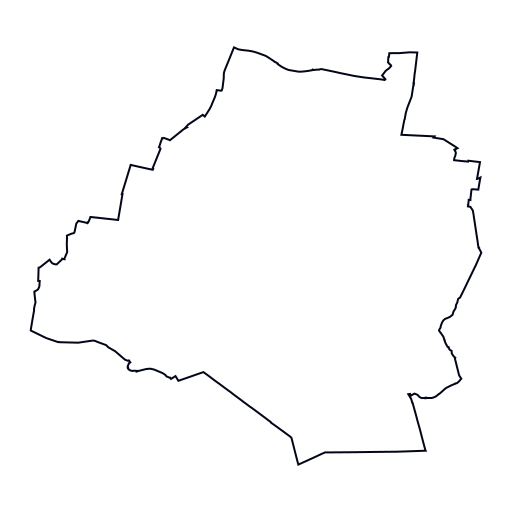 Oldenzaal, Overijssel, Netherlands
{"feature_id": "6326949B73980764078064", "entity_name": "Oldenzaal", "entity_type": "district", "adm_level": 2, "iso_a3": "NLD", "parent_name": "Netherlands", "parent_adm1": "Overijssel", "projection": "albers", "projection_center": [6.914, 52.308], "detail": "fine", "context": "isolated", "style": "outline", "palette": "ink", "viewbox_px": 512, "rotation_deg": 0, "n_neighbors": 0, "source": "geoboundaries", "source_scale": "gbopen_adm2", "svg_char_len": 5845}
<svg xmlns="http://www.w3.org/2000/svg" viewBox="0 0 512 512"><path d="M425.6,450.7L425.4,450.3L425.1,449.2L423.6,443.6L422.7,440.2L421.4,435.2L420.0,429.7L418.5,424.4L417.4,420.5L416.1,415.5L412.6,402.9L412.3,402.9L412.0,401.7L411.1,398.7L410.2,397.5L410.3,397.3L409.4,396.0L408.3,394.2L410.1,393.9L410.7,395.0L411.2,395.5L414.4,393.6L416.6,394.4L417.7,395.0L418.5,395.9L419.5,397.0L420.8,397.7L422.2,398.1L423.7,398.0L425.7,397.7L425.6,398.2L427.3,398.0L431.6,398.0L432.8,397.7L434.9,396.9L435.9,396.4L438.9,394.0L439.1,394.0L440.6,392.8L445.0,388.8L446.1,388.0L450.0,386.0L451.9,385.1L453.8,384.3L455.1,383.8L455.1,383.6L455.6,383.4L456.8,383.2L457.2,382.9L458.0,382.3L458.7,381.7L461.3,378.7L459.2,375.5L458.9,374.5L454.8,358.1L455.2,357.7L454.4,357.0L453.2,355.7L451.8,353.5L451.6,350.8L450.0,350.0L449.4,349.4L449.3,349.0L448.6,347.1L447.9,347.2L447.6,346.8L446.0,344.1L445.0,341.8L444.7,340.6L444.7,340.2L444.3,340.0L444.3,339.8L444.1,339.0L443.3,336.5L442.9,336.0L442.5,335.5L441.6,334.1L440.5,332.6L440.1,332.2L439.8,331.7L439.2,330.9L439.0,330.5L439.4,329.4L440.2,328.2L440.6,327.4L440.7,326.2L441.7,323.4L442.2,322.3L442.8,321.3L443.3,320.5L444.0,319.8L445.4,318.7L447.3,318.1L448.2,317.7L450.2,316.7L450.8,316.2L452.5,314.8L452.9,313.9L453.0,313.0L453.5,311.6L455.1,309.0L455.8,307.6L455.7,306.9L455.9,306.3L456.0,305.0L457.3,302.5L458.1,298.9L460.1,297.5L464.4,288.8L465.5,286.5L472.6,271.8L474.2,268.5L475.9,265.0L481.3,252.7L480.2,250.5L479.8,249.7L479.3,248.8L478.8,248.1L478.5,247.7L478.8,247.4L478.5,247.2L478.4,246.5L478.2,245.9L477.5,240.7L477.2,238.9L476.9,236.8L476.3,233.2L476.1,231.6L475.5,227.7L474.6,221.7L474.0,217.9L473.6,214.9L472.9,210.9L472.8,210.5L472.5,210.0L470.8,207.5L470.5,207.1L470.4,206.9L470.1,206.8L467.9,206.4L468.1,205.3L468.0,205.0L468.2,204.9L468.7,200.2L468.7,199.8L469.7,199.8L470.4,200.0L470.5,198.2L471.5,189.5L472.2,189.2L478.3,189.6L478.8,186.7L479.0,185.3L480.4,177.5L478.9,178.3L477.7,178.8L477.0,178.9L480.0,162.1L473.9,161.4L468.3,160.7L468.1,161.6L462.4,161.1L454.1,160.2L454.2,158.8L454.5,157.6L454.9,156.7L455.3,155.8L455.5,154.4L455.9,153.2L455.3,151.0L455.0,150.3L454.7,150.4L454.4,149.6L456.1,148.9L457.1,148.4L457.5,148.2L455.8,147.0L443.5,139.2L433.6,137.6L434.5,136.4L401.4,134.8L402.6,128.9L404.3,120.0L404.7,119.2L405.8,112.9L407.5,107.2L408.5,104.7L411.6,96.7L413.4,85.2L413.7,85.2L414.0,83.3L413.5,83.2L413.8,81.5L414.2,78.2L414.6,74.1L414.6,73.8L414.8,72.8L415.0,71.8L417.3,52.5L409.7,52.3L399.7,53.1L397.5,53.1L389.3,53.2L388.9,57.0L388.6,57.3L388.3,57.3L388.1,61.9L388.0,62.4L388.6,62.8L389.0,63.6L389.5,63.8L389.9,64.4L390.2,64.6L390.6,64.8L391.1,65.7L391.2,65.9L389.1,68.3L385.8,70.7L382.1,75.5L385.4,79.2L384.7,80.0L383.0,79.7L381.2,79.4L370.0,78.1L364.5,77.5L361.0,77.0L355.8,76.2L353.5,75.8L344.8,74.0L343.7,73.8L340.3,73.1L336.0,72.1L321.6,69.1L321.2,69.1L320.7,69.1L320.3,69.2L319.7,69.4L319.4,69.6L318.0,69.6L315.2,69.8L312.9,70.1L312.6,69.6L312.3,69.8L312.0,70.1L311.2,70.4L309.9,70.6L307.5,71.0L304.1,71.4L302.1,71.6L300.0,71.7L298.8,71.7L288.7,70.0L287.8,69.7L285.7,68.8L284.4,68.2L283.0,67.5L281.7,66.8L280.5,66.0L277.7,64.1L277.8,63.5L277.4,63.3L276.1,62.5L274.7,61.9L274.7,61.7L267.9,57.2L266.6,56.4L266.3,56.2L265.9,56.0L264.2,55.3L261.7,54.4L257.4,52.8L253.7,51.7L251.0,51.1L248.3,50.7L245.9,50.4L244.6,50.3L241.5,49.9L238.6,49.4L237.8,49.1L235.4,48.0L234.0,47.4L228.7,60.5L224.9,69.8L224.4,71.2L224.0,72.7L223.8,74.1L223.8,76.0L223.7,78.7L223.6,79.4L223.2,82.5L222.5,88.1L221.8,90.4L221.7,90.5L221.3,90.7L216.7,90.1L216.5,90.9L216.7,91.0L215.7,94.7L215.2,96.2L214.6,97.8L212.1,103.7L211.4,105.5L210.5,107.4L209.4,109.4L204.9,116.4L204.9,116.5L204.7,116.6L202.8,114.8L194.9,120.1L188.8,124.2L188.4,124.4L185.6,127.4L186.5,127.6L183.5,129.3L172.6,138.1L170.0,140.2L169.9,140.1L163.3,137.7L163.2,137.5L163.2,137.4L162.8,138.3L162.2,138.1L160.4,143.1L160.1,144.1L159.4,146.2L159.0,147.3L159.7,147.5L160.5,148.8L154.8,162.9L152.4,168.9L153.1,169.1L152.7,169.8L139.0,166.8L130.7,164.9L121.8,194.1L122.5,194.1L118.1,220.0L112.9,219.4L90.5,217.0L90.4,217.0L89.1,220.6L88.9,221.0L88.6,221.4L87.6,222.5L87.9,222.7L87.5,223.2L86.2,222.7L78.3,220.9L77.5,222.1L76.5,223.3L76.2,224.0L74.6,231.8L74.2,232.8L73.5,233.2L71.5,233.7L66.9,235.6L67.0,238.1L66.8,244.3L67.0,249.2L67.2,252.0L64.3,258.9L64.4,259.2L63.6,259.1L62.2,258.7L61.8,259.6L56.9,264.2L56.7,264.4L56.4,264.3L55.8,264.4L54.5,264.1L53.4,263.8L52.7,263.5L52.3,263.2L51.9,262.9L50.3,260.9L49.6,259.7L40.4,267.0L39.7,267.4L39.2,267.6L38.6,267.7L38.2,280.9L39.7,281.0L39.4,285.9L39.2,286.9L38.1,289.3L37.0,290.1L35.9,290.8L34.4,291.5L34.5,292.8L34.4,292.8L34.9,297.4L35.5,302.6L34.6,305.8L34.3,307.4L34.0,309.1L34.1,310.5L34.0,310.9L32.4,320.0L30.7,330.2L30.9,330.6L46.3,338.1L58.1,342.1L58.4,341.9L59.1,342.0L59.3,342.2L78.3,342.7L80.2,342.4L92.4,340.6L93.6,340.6L95.1,340.9L97.4,341.9L106.1,345.1L108.3,347.3L115.1,351.2L124.9,359.6L127.3,360.6L127.6,360.7L127.8,360.7L128.3,360.6L128.9,360.4L130.3,362.4L128.8,363.3L128.6,364.3L127.9,365.7L127.8,366.3L127.6,366.7L127.7,367.3L128.1,367.4L128.1,367.8L127.9,368.4L128.2,368.7L128.6,369.3L129.0,369.4L129.5,370.0L130.8,370.6L131.5,370.7L132.7,371.0L133.1,370.8L133.9,370.7L136.9,370.9L136.8,371.5L138.7,370.9L145.5,369.2L147.3,368.9L148.9,368.8L150.6,368.7L151.6,369.0L153.6,369.4L155.2,370.0L158.5,371.4L162.1,372.9L163.7,373.8L165.3,374.9L166.5,376.4L170.1,377.9L170.3,377.8L171.0,378.9L175.5,376.1L178.4,380.8L203.4,372.1L207.7,375.2L215.4,381.0L219.3,383.8L227.1,389.6L229.7,391.5L230.6,392.1L233.2,394.2L235.5,395.9L240.1,399.3L241.7,400.5L243.9,402.2L249.7,406.5L251.9,408.0L265.1,417.8L268.5,420.4L270.8,422.1L270.8,422.5L280.0,429.1L290.6,436.9L291.5,438.0L296.3,456.9L298.3,464.6L314.6,457.2L321.4,454.0L324.0,452.9L325.0,452.4L330.1,452.4L354.6,452.2L378.0,451.9L397.2,451.7L412.1,451.2L425.6,450.7Z" fill="none" stroke="#020617" stroke-width="2"/></svg>